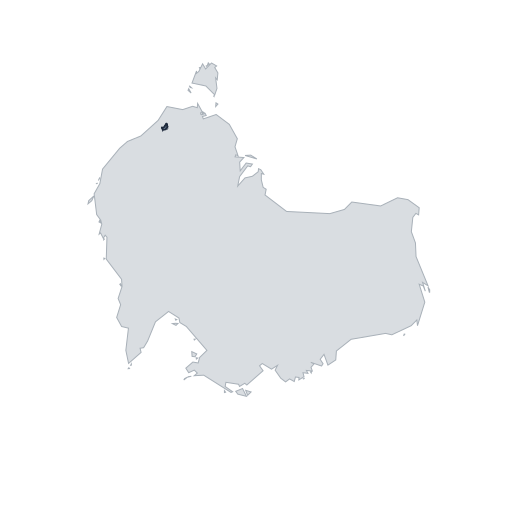 Unincorporated ACT, Australian Capital Territory, Australia (highlighted), rotated 205°
{"feature_id": "25037944B15172244637897", "entity_name": "Unincorporated ACT", "entity_type": "district", "adm_level": 2, "iso_a3": "AUS", "parent_name": "Australia", "parent_adm1": "Australian Capital Territory", "projection": "albers", "projection_center": [149.092, -35.522], "detail": "fine", "context": "in_parent", "style": "filled", "palette": "slate", "viewbox_px": 512, "rotation_deg": 205, "n_neighbors": 0, "source": "geoboundaries", "source_scale": "gbopen_adm2", "svg_char_len": 5094}
<svg xmlns="http://www.w3.org/2000/svg" viewBox="0 0 512 512"><g transform="rotate(205 256 256)"><path d="M334.1,115.5L341.1,136.7L348.0,135.3L356.3,141.4L358.1,154.7L363.0,159.2L364.5,171.7L368.0,178.1L390.4,189.9L399.0,210.0L401.5,211.1L401.9,207.5L406.6,211.2L407.4,209.5L409.2,219.7L411.9,222.9L417.9,226.2L429.0,244.0L428.1,255.6L431.8,269.9L425.1,296.0L420.9,305.5L411.1,316.1L402.0,337.6L399.9,353.8L384.3,357.7L376.7,364.9L371.9,365.6L373.4,369.6L365.7,364.0L366.7,362.6L366.2,361.2L364.8,361.1L362.4,363.8L360.5,362.3L363.5,359.8L361.7,358.0L351.9,367.4L335.8,364.0L322.5,354.4L321.2,346.1L314.6,339.2L317.1,339.2L316.9,337.0L308.6,340.1L310.5,334.2L306.3,326.5L304.2,336.1L298.1,337.8L298.7,334.6L301.6,334.2L304.4,321.0L302.1,311.6L299.0,322.1L293.0,326.7L289.6,333.3L290.6,336.2L288.1,336.2L283.5,333.4L286.0,333.0L283.4,327.3L278.5,321.2L275.0,320.8L273.6,315.1L247.1,309.3L207.0,325.6L195.5,335.6L192.0,345.4L164.2,354.0L152.3,368.6L142.1,371.3L128.5,368.7L126.0,362.0L129.1,362.2L130.2,357.3L125.5,343.7L117.0,335.2L110.7,323.1L87.5,301.7L93.9,302.5L87.7,295.7L91.7,299.5L96.2,299.4L83.5,285.5L80.2,261.1L83.2,266.0L85.9,258.4L99.6,242.0L105.9,240.6L134.6,220.7L143.0,203.9L139.8,195.5L144.7,187.5L152.8,195.6L154.2,189.5L149.7,186.7L150.1,184.0L161.4,182.8L157.8,182.7L159.1,178.4L156.3,175.5L162.0,173.6L159.3,171.6L164.1,170.1L161.5,166.9L164.8,161.8L165.7,164.1L169.1,163.0L168.3,158.4L173.6,158.8L176.0,154.4L181.9,155.7L190.4,160.6L190.3,166.0L194.1,160.0L204.9,161.2L206.4,158.0L201.1,155.0L209.8,135.2L212.4,135.9L215.8,130.8L217.6,132.4L229.9,128.8L228.8,124.7L219.8,123.1L221.0,121.8L253.0,125.9L261.4,121.4L259.7,125.1L263.7,126.5L267.7,121.8L272.2,124.7L268.4,133.2L263.2,134.6L264.2,140.2L260.6,149.7L289.4,162.7L296.9,163.5L299.6,167.2L311.8,168.8L319.3,153.9L318.3,133.2L319.1,125.4L322.1,123.4L319.4,120.1L326.1,104.8L334.1,115.5ZM361.5,384.6L373.3,388.9L387.1,385.7L388.1,398.6L387.2,396.3L385.8,399.1L385.6,407.6L380.7,404.2L377.9,412.1L372.0,411.6L373.1,409.4L367.9,405.8L365.6,399.3L367.9,400.4L362.2,391.4L361.5,384.6ZM205.3,124.8L214.1,123.1L217.2,124.8L212.2,130.2L205.3,124.8ZM296.2,344.3L308.4,342.5L303.4,345.2L296.2,344.3ZM271.5,138.0L273.8,142.2L268.3,142.2L268.7,138.9L271.5,138.0ZM428.3,241.9L428.2,236.7L430.3,232.3L431.0,235.5L428.3,241.9ZM383.7,376.3L387.6,377.4L387.7,379.2L383.7,376.3ZM204.7,126.2L208.6,129.9L203.0,130.7L204.7,126.2ZM357.0,377.9L354.7,377.6L355.7,374.4L357.0,377.9ZM303.2,159.4L300.7,160.9L298.2,161.9L299.2,159.3L303.2,159.4ZM87.0,300.5L84.3,298.8L83.3,296.6L83.6,296.4L87.0,300.5ZM386.9,380.9L388.4,382.1L385.5,381.2L386.9,380.9ZM410.9,220.4L412.7,220.5L412.7,222.8L410.9,220.4ZM365.1,171.5L367.5,172.8L367.1,173.6L365.1,171.5ZM380.7,408.8L380.9,410.9L379.5,410.3L380.7,408.8ZM430.8,257.8L430.8,260.7L430.6,260.6L430.8,257.8ZM227.7,120.6L226.0,119.7L226.9,118.9L227.7,120.6ZM268.9,114.7L267.0,117.2L269.0,113.1L268.9,114.7ZM431.2,254.3L430.3,255.2L430.9,254.2L431.2,254.3ZM277.0,154.4L275.9,155.0L276.4,153.8L277.0,154.4ZM267.2,138.5L265.7,138.9L266.5,137.4L267.2,138.5ZM88.5,246.0L88.7,247.9L88.1,248.0L88.5,246.0ZM323.4,104.0L323.4,105.5L322.8,104.5L323.4,104.0ZM364.9,361.9L365.2,362.9L364.8,362.6L364.9,361.9ZM266.5,117.9L263.8,119.7L266.5,117.5L266.5,117.9ZM161.2,164.7L160.4,166.0L160.8,164.7L161.2,164.7ZM381.5,407.3L380.8,407.7L381.2,406.9L381.5,407.3ZM302.5,164.8L300.9,164.9L301.6,163.9L302.5,164.8ZM157.5,173.9L156.9,174.7L156.5,173.3L157.5,173.9ZM386.9,402.8L385.9,403.4L386.2,402.2L386.9,402.8ZM324.2,99.9L324.0,101.0L323.1,100.5L324.2,99.9ZM364.3,363.3L365.4,364.2L363.7,364.0L364.3,363.3ZM393.0,189.8L392.0,189.9L392.4,188.7L393.0,189.8ZM401.1,207.3L400.5,207.3L400.9,206.4L401.1,207.3ZM361.9,383.0L361.7,383.8L361.4,382.8L361.9,383.0Z" fill="#d9dde1" stroke="#a8b0b8" stroke-width="1"/><path d="M394.4,331.6L394.2,331.5L394.2,331.4L394.3,331.4L394.2,331.3L394.2,331.2L394.0,330.9L393.9,330.9L393.7,330.7L393.7,330.8L391.3,332.5L391.2,332.6L391.1,332.8L391.2,333.0L391.3,333.2L391.2,333.2L391.2,333.3L391.2,333.5L391.0,333.8L391.0,334.0L390.9,334.0L391.0,334.1L390.9,334.3L390.9,334.5L391.0,334.6L391.0,334.8L391.0,335.0L391.1,335.3L390.9,335.3L391.0,335.4L391.0,335.5L390.9,335.8L391.0,335.8L391.2,336.0L391.1,336.3L391.3,336.5L391.3,336.4L391.4,336.5L391.5,336.6L391.6,336.8L391.7,336.7L391.8,336.5L391.8,336.4L391.9,336.5L391.9,336.8L392.0,336.8L391.9,337.0L392.0,337.2L391.9,337.2L391.9,337.3L392.0,337.5L392.1,337.8L392.3,337.9L392.3,338.0L392.5,338.2L392.8,338.2L393.0,338.3L393.2,338.2L393.3,337.9L393.4,337.7L393.5,337.7L393.5,337.4L393.5,337.2L393.5,336.9L393.5,336.7L393.5,336.4L393.6,336.2L393.5,335.9L393.5,335.7L393.4,335.7L393.4,335.4L393.4,335.2L393.6,335.2L393.8,335.2L393.8,334.9L393.9,334.4L393.9,334.1L393.8,333.9L394.0,333.7L393.9,333.7L394.0,333.5L394.2,333.2L394.3,332.9L394.5,332.8L394.7,332.7L394.8,332.7L394.8,332.8L395.0,332.8L395.1,332.7L395.1,332.8L395.4,332.8L395.5,332.9L395.8,332.7L395.7,332.5L395.6,332.4L395.4,332.4L395.2,332.3L395.2,332.2L394.9,332.1L394.7,332.0L394.7,331.9L394.7,331.7L394.4,331.7L394.4,331.6Z" fill="#64748b" stroke="#1e293b" stroke-width="1.5"/></g></svg>